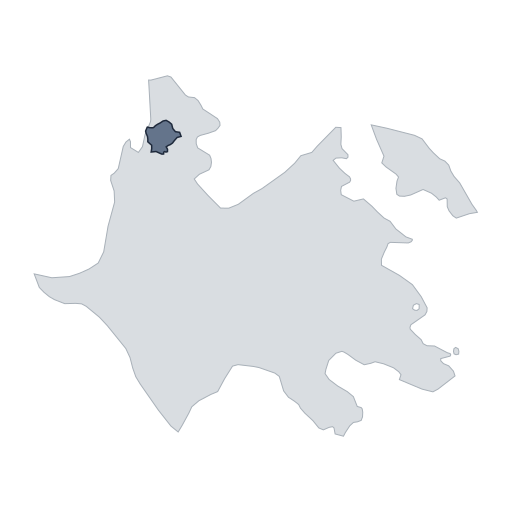 Masallı on a map of Azerbaijan (Albers equal-area conic projection), rotated 179°
{"feature_id": "AZE-1708", "entity_name": "Masallı", "entity_type": "District", "adm_level": 1, "iso_a3": "AZE", "parent_name": "Azerbaijan", "parent_adm1": "", "projection": "albers", "projection_center": [48.733, 38.991], "detail": "fine", "context": "in_parent", "style": "filled", "palette": "slate", "viewbox_px": 512, "rotation_deg": 179, "n_neighbors": 0, "source": "natural_earth", "source_scale": "10m", "svg_char_len": 3811}
<svg xmlns="http://www.w3.org/2000/svg" viewBox="0 0 512 512"><g transform="rotate(179 256 256)"><path d="M360.3,433.8L358.0,433.7L341.4,437.7L337.9,436.4L323.8,418.2L320.8,416.2L314.7,415.4L311.2,412.4L308.3,407.5L306.6,403.9L292.1,394.0L289.9,390.4L289.7,387.2L291.8,384.4L294.3,382.0L301.5,379.6L309.8,377.5L312.5,376.0L313.8,373.4L313.8,369.3L312.4,365.1L300.6,357.6L299.3,354.3L298.9,350.4L299.6,346.2L301.5,343.0L311.2,338.7L316.4,334.1L313.2,329.0L302.9,317.3L290.6,304.5L282.4,304.3L272.8,308.0L257.5,318.7L249.0,323.2L237.9,330.8L225.7,339.2L215.7,348.1L209.4,355.5L198.4,358.6L192.8,364.8L174.0,383.3L168.8,382.9L168.7,373.5L169.2,366.1L168.1,361.8L162.3,355.7L162.3,353.2L163.9,351.7L168.5,352.7L174.3,352.5L177.2,350.3L171.1,342.4L165.7,337.1L161.1,333.5L160.1,331.4L160.1,329.9L161.1,328.2L169.3,324.1L170.2,320.2L169.7,315.8L157.2,309.1L147.6,311.2L139.2,303.7L133.9,298.0L127.3,291.7L121.3,288.3L115.7,280.6L105.8,272.5L99.4,270.0L99.5,268.9L100.7,267.5L103.5,266.4L121.5,267.3L123.8,266.0L125.0,262.7L127.6,257.8L130.7,250.7L130.7,244.5L112.9,234.1L100.1,224.6L91.5,212.4L85.8,201.2L86.1,197.6L88.0,194.2L102.3,184.6L103.3,182.0L103.1,180.2L98.3,174.9L92.3,169.4L90.4,165.4L86.6,163.3L79.1,162.9L66.3,155.9L63.6,155.1L63.0,153.8L63.7,152.5L73.1,150.2L73.1,148.0L70.4,145.1L65.2,142.8L60.6,137.4L59.1,132.6L76.4,119.7L81.5,117.1L92.3,120.0L114.8,129.9L113.1,134.8L115.3,137.8L120.4,141.8L130.3,146.0L138.8,148.2L143.1,146.7L149.7,145.4L158.1,150.1L165.8,156.0L169.7,158.4L171.8,159.2L177.8,157.4L185.1,150.3L188.1,141.4L189.0,137.2L185.0,131.2L176.6,124.6L167.1,118.8L161.1,113.7L157.4,103.8L153.5,102.6L152.5,101.3L152.0,98.0L152.3,93.3L153.7,89.8L157.6,88.4L161.5,87.9L165.2,84.6L169.7,78.0L171.7,74.3L180.0,76.7L181.0,82.7L182.4,84.0L185.9,83.4L191.7,81.0L196.2,83.0L201.9,90.3L209.9,98.0L214.2,103.1L215.9,106.7L220.0,110.1L226.0,114.2L230.7,120.6L234.8,135.2L239.2,138.6L254.9,144.4L260.4,145.6L275.9,147.7L281.4,146.3L289.5,133.9L296.7,121.1L303.5,118.4L315.6,112.3L322.8,106.4L325.9,100.1L332.7,88.1L336.9,81.4L344.0,87.4L356.3,103.6L374.0,130.0L378.3,137.4L381.2,146.1L383.7,156.6L387.8,165.8L406.0,189.1L413.8,197.7L426.7,208.7L431.2,211.2L437.2,211.8L448.1,211.7L458.3,215.9L463.3,218.9L468.5,223.3L473.2,228.3L478.1,242.0L460.5,237.8L442.8,238.7L432.8,241.8L423.2,245.9L413.9,251.7L408.2,262.8L403.4,288.4L396.4,312.4L396.7,323.5L400.0,334.1L399.6,339.1L396.3,341.3L392.2,345.8L386.8,367.9L384.0,372.3L380.5,375.0L379.5,372.4L379.6,366.6L371.8,361.6L367.6,367.3L364.8,379.4L359.1,392.1L358.8,394.6L360.3,433.8ZM99.5,204.0L100.4,200.6L98.2,199.0L95.9,198.8L93.8,200.4L93.7,204.7L96.5,205.6L99.5,204.0ZM37.5,301.5L35.0,297.8L33.9,295.8L41.8,294.6L55.1,290.4L58.5,292.8L62.2,297.8L63.9,301.9L63.9,309.6L65.5,310.9L71.9,308.6L74.7,311.8L79.4,315.7L87.8,319.6L100.3,314.3L106.5,313.1L111.5,313.4L114.1,315.2L114.9,321.2L113.7,328.5L112.1,332.5L114.6,335.5L124.5,342.8L128.6,346.9L126.3,353.6L133.4,370.5L135.7,377.0L138.5,385.1L123.1,381.5L95.4,373.9L87.9,370.2L80.9,360.6L76.8,356.0L70.6,350.0L65.5,347.6L61.7,343.5L59.7,337.5L56.6,332.1L51.1,325.6L39.1,303.8L37.5,301.5ZM59.7,159.9L58.0,161.1L55.5,159.8L54.8,157.1L55.1,154.4L57.7,153.8L59.7,154.7L60.2,157.2L59.7,159.9Z" fill="#d9dde1" stroke="#a8b0b8" stroke-width="1"/><path d="M364.2,382.8L362.6,386.5L362.4,386.8L359.8,386.1L356.7,386.0L355.5,386.8L354.4,388.0L352.0,389.5L349.5,390.7L346.6,392.6L343.5,393.2L340.6,391.5L338.0,389.2L337.0,384.9L334.4,381.7L330.2,381.0L328.8,376.9L332.8,375.9L335.7,372.7L337.5,370.4L339.7,368.9L342.0,368.0L343.9,366.7L342.6,364.3L342.7,361.9L344.2,361.5L345.7,362.0L346.5,361.3L346.6,359.6L348.3,359.5L349.9,360.2L354.1,362.2L359.0,361.8L358.4,365.2L358.4,368.6L360.3,370.3L362.2,372.1L362.1,374.5L362.4,377.3L363.7,380.6L364.2,382.8Z" fill="#64748b" stroke="#1e293b" stroke-width="1.5"/></g></svg>